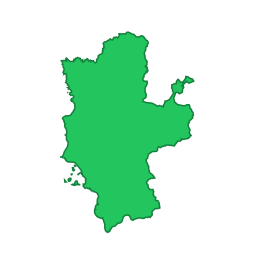 Bone, Sulawesi Selatan, Indonesia (Albers equal-area conic projection), rotated 160°
{"feature_id": "22746128B25468135680533", "entity_name": "Bone", "entity_type": "district", "adm_level": 2, "iso_a3": "IDN", "parent_name": "Indonesia", "parent_adm1": "Sulawesi Selatan", "projection": "albers", "projection_center": [120.181, -4.68], "detail": "fine", "context": "isolated", "style": "filled", "palette": "green", "viewbox_px": 256, "rotation_deg": 160, "n_neighbors": 0, "source": "geoboundaries", "source_scale": "gbopen_adm2", "svg_char_len": 5877}
<svg xmlns="http://www.w3.org/2000/svg" viewBox="0 0 256 256"><g transform="rotate(160 128 128)"><path d="M50.2,149.5L50.7,151.9L53.1,153.8L54.0,155.4L55.1,156.2L55.6,156.0L56.1,156.5L56.5,155.3L59.3,153.2L61.4,152.5L63.5,153.4L63.3,154.3L64.0,156.3L64.6,156.6L66.4,155.3L67.6,153.1L68.5,153.6L72.0,153.6L73.3,150.6L72.9,149.0L73.4,147.6L73.2,145.2L79.3,140.6L82.6,140.1L83.9,140.7L85.0,138.8L86.5,137.6L87.5,135.7L88.5,137.0L90.0,137.5L90.6,138.3L92.7,138.4L96.4,142.6L97.8,143.6L101.5,145.2L104.9,147.9L104.2,149.7L101.0,150.4L100.5,150.9L99.3,153.5L99.7,155.6L98.5,159.1L97.7,160.5L96.7,161.0L94.7,163.3L94.0,165.3L97.0,166.6L97.4,168.3L96.9,169.9L95.4,170.6L95.2,171.7L93.8,173.2L92.9,173.1L91.8,174.5L91.1,174.0L91.0,174.8L89.9,174.9L90.3,175.5L89.7,175.8L89.4,177.8L89.9,177.7L90.1,178.5L89.5,179.3L90.7,179.9L89.8,180.6L88.8,180.8L87.6,183.4L87.8,183.9L87.3,184.1L88.2,187.4L87.3,190.1L87.4,192.0L86.3,193.9L84.7,195.2L83.9,197.4L83.2,198.1L82.0,198.2L81.5,199.5L80.1,200.7L79.8,201.5L80.0,203.4L81.1,204.7L81.8,207.6L82.8,209.5L84.4,210.2L86.6,209.7L89.2,210.9L90.3,213.8L92.5,215.1L92.8,215.9L95.0,218.0L96.5,218.3L98.1,217.3L100.9,218.4L102.1,218.4L103.3,219.4L104.3,219.6L104.3,218.1L106.8,216.1L107.8,217.5L109.3,217.5L110.3,218.0L112.5,216.0L113.2,216.3L114.1,217.8L115.0,217.7L115.7,217.0L116.6,217.3L118.4,216.7L121.0,216.8L122.4,216.0L122.4,213.7L123.2,212.4L123.0,211.5L124.6,211.3L124.7,210.0L125.5,209.6L125.5,208.4L126.1,208.2L126.5,207.1L127.2,206.6L129.5,206.7L131.4,205.8L132.0,204.1L133.3,203.3L134.0,203.3L135.0,200.7L136.4,200.4L137.8,202.4L137.5,203.0L139.4,203.7L140.2,203.1L140.3,204.7L141.9,204.2L142.4,205.5L142.0,206.2L142.8,207.2L143.7,206.4L144.9,206.8L146.2,205.4L146.8,205.8L147.7,205.4L147.5,206.5L148.1,206.3L148.1,206.7L147.6,207.5L148.3,207.3L149.0,207.5L149.0,209.6L149.5,209.5L150.3,210.8L151.3,211.5L151.9,211.1L153.3,211.5L154.1,211.0L154.0,210.3L155.0,210.0L155.5,210.8L156.3,209.9L156.3,209.0L159.9,210.5L161.9,214.8L163.0,214.2L162.5,212.5L162.8,211.8L164.5,213.1L166.8,213.9L167.7,213.9L167.2,212.8L167.5,210.3L167.8,210.2L167.4,209.9L168.1,207.4L167.7,205.1L169.9,202.6L169.5,202.4L169.8,201.4L169.5,201.1L170.0,200.3L167.7,200.4L167.4,199.3L168.2,198.1L168.8,196.2L168.7,195.1L169.8,194.0L170.1,192.5L171.0,192.1L169.8,190.1L170.2,189.0L169.4,188.5L169.2,187.5L169.5,186.6L170.5,186.6L169.9,186.1L170.4,186.0L170.7,184.9L169.8,185.1L168.8,183.3L168.5,181.6L169.1,180.9L170.4,181.0L171.4,179.7L170.6,178.2L169.7,178.3L168.9,177.7L168.3,176.4L168.9,175.0L169.7,174.6L170.9,175.0L172.1,173.9L171.6,173.4L172.0,172.5L170.7,172.4L170.7,171.0L169.9,169.1L170.9,165.4L172.2,163.6L173.2,163.0L173.3,162.5L176.5,160.6L176.8,160.0L178.7,159.6L182.6,160.7L185.4,160.2L186.2,159.5L185.6,156.4L186.0,156.1L185.9,154.4L185.4,153.2L186.2,152.9L186.9,151.0L186.9,149.5L186.4,148.8L186.7,145.5L188.0,143.2L189.3,142.9L188.4,141.7L189.7,138.6L189.7,137.0L189.1,135.8L189.6,133.9L191.4,131.0L195.8,127.6L198.4,124.4L199.4,123.7L201.8,123.7L199.8,123.4L199.4,122.3L197.9,121.7L197.7,120.2L197.3,120.1L197.5,118.7L196.1,116.7L191.3,114.7L189.5,113.3L186.4,104.4L186.4,103.1L186.7,103.2L186.9,102.0L188.3,102.3L190.9,101.5L191.1,101.0L190.8,101.3L190.6,100.6L190.7,101.3L188.4,102.2L186.6,101.9L186.8,100.6L188.2,100.3L186.8,100.6L186.7,97.9L185.7,96.8L185.0,94.6L185.8,93.6L186.0,92.2L187.2,90.2L187.7,90.3L188.2,89.7L189.2,90.6L190.0,88.5L189.0,86.0L187.1,85.9L186.2,84.6L184.4,84.4L184.1,84.0L184.8,83.6L184.1,82.6L184.0,81.5L182.8,81.2L182.2,80.6L182.3,80.1L181.7,80.1L179.2,77.4L179.1,73.2L180.7,72.3L182.4,68.8L181.9,66.5L182.3,66.2L183.5,67.1L185.1,65.6L186.9,63.1L186.4,62.6L187.2,62.5L187.7,61.9L188.3,59.6L188.1,57.5L187.2,55.1L184.3,52.4L182.7,52.1L183.1,51.7L182.6,50.5L182.8,45.0L184.0,42.3L184.2,40.0L184.2,39.1L183.2,37.1L182.5,37.5L181.9,36.9L181.1,37.0L179.8,37.7L179.6,38.8L178.8,38.8L176.7,40.5L173.5,40.3L169.8,42.1L168.2,41.4L166.5,41.8L165.6,42.3L162.9,45.9L160.2,47.0L157.4,46.0L156.6,44.7L156.3,40.9L155.0,39.6L153.6,40.0L148.4,39.9L144.7,37.8L143.2,37.7L142.3,38.1L139.7,37.1L138.4,37.5L137.8,36.4L135.0,38.0L134.1,41.1L132.2,42.1L130.1,42.9L128.0,42.2L125.4,42.0L124.4,47.1L124.8,49.5L126.7,50.5L126.8,51.3L125.6,53.3L127.1,54.9L127.0,55.9L126.7,56.2L127.2,56.9L125.5,59.5L125.9,60.7L125.5,61.6L128.0,62.4L129.3,64.8L128.7,68.1L129.4,69.4L129.1,70.7L126.1,72.6L123.8,72.8L120.0,71.8L120.8,75.4L123.1,79.0L122.6,80.3L122.7,82.1L121.6,85.1L122.1,86.3L121.9,88.2L122.3,89.5L121.8,92.2L119.9,93.0L117.8,96.4L113.1,97.5L109.1,96.3L107.7,97.2L107.3,98.8L105.6,99.9L104.5,98.5L102.8,98.7L102.4,99.2L101.1,98.7L99.2,98.8L98.9,98.4L98.2,98.9L96.1,98.3L94.7,97.3L94.1,97.4L90.8,95.3L85.5,98.8L84.2,97.9L82.4,98.0L81.6,99.7L80.8,98.6L74.9,97.6L73.2,98.3L72.3,99.5L71.3,99.3L72.2,102.3L70.3,105.2L70.8,108.2L70.2,111.3L68.6,112.1L68.4,113.3L63.7,115.4L63.6,116.8L62.3,117.4L61.6,120.4L62.3,122.2L62.0,123.7L63.0,125.5L62.4,128.0L62.7,129.0L64.9,129.8L66.1,129.4L68.1,129.8L73.3,133.0L75.2,136.3L74.9,140.5L72.2,143.4L71.9,144.3L70.7,145.0L68.9,144.3L68.0,142.6L64.7,143.0L63.4,145.9L61.8,146.9L61.7,148.4L62.7,148.5L62.3,149.0L62.7,149.5L61.7,149.9L61.1,149.7L60.6,150.1L60.8,150.9L60.3,150.8L60.5,151.3L59.7,151.3L59.5,150.9L57.9,151.1L57.4,152.0L56.8,151.7L55.5,149.3L50.2,149.5ZM195.3,92.3L192.9,91.2L192.8,91.4L194.1,92.4L194.2,95.8L195.6,95.9L197.0,94.2L198.3,93.5L199.2,94.1L200.0,93.9L197.9,92.4L195.3,92.3ZM199.7,100.7L201.8,100.2L202.1,99.1L201.9,98.1L200.6,98.0L199.3,99.0L198.9,100.1L199.7,100.7ZM193.9,109.6L194.0,108.1L193.2,108.0L192.8,109.3L193.5,109.8L193.9,109.6ZM205.3,100.7L205.8,98.8L204.5,98.4L205.3,100.7ZM192.7,107.2L194.2,107.1L194.0,106.5L192.6,106.8L192.7,107.2ZM191.0,111.2L191.2,110.8L190.8,110.0L190.3,110.0L190.2,110.7L191.0,111.2ZM197.1,104.1L197.2,103.4L196.6,103.4L196.4,104.0L197.1,104.1ZM172.4,182.0L172.8,182.2L172.3,181.6L172.4,182.0Z" fill="#22c55e" stroke="#15803d" stroke-width="1.5"/></g></svg>